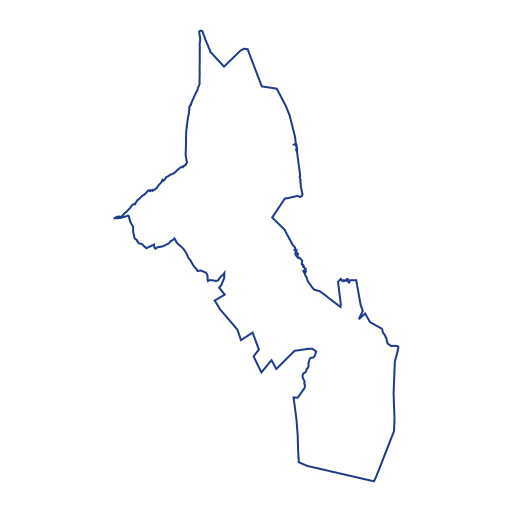 Sabanilla, Chiapas, Mexico
{"feature_id": "50627088B78284719360183", "entity_name": "Sabanilla", "entity_type": "district", "adm_level": 2, "iso_a3": "MEX", "parent_name": "Mexico", "parent_adm1": "Chiapas", "projection": "equal_earth", "projection_center": [-92.63, 17.325], "detail": "fine", "context": "isolated", "style": "outline", "palette": "blue", "viewbox_px": 512, "rotation_deg": 0, "n_neighbors": 0, "source": "geoboundaries", "source_scale": "gbopen_adm2", "svg_char_len": 6044}
<svg xmlns="http://www.w3.org/2000/svg" viewBox="0 0 512 512"><path d="M298.8,462.3L307.5,466.0L361.3,478.4L374.0,481.3L376.5,475.9L376.7,475.2L377.8,472.4L378.7,470.3L378.9,469.9L382.3,461.1L385.0,454.1L386.5,450.4L387.8,447.0L388.3,445.5L388.6,445.0L389.9,441.6L392.8,434.3L394.0,431.0L394.1,428.5L394.2,427.8L394.2,426.1L394.5,418.4L394.3,414.3L394.3,411.8L393.8,400.5L393.8,397.3L393.6,396.8L393.7,395.7L393.6,392.7L394.3,375.6L394.4,374.8L394.4,373.2L394.3,371.9L394.4,370.9L394.5,369.4L394.6,368.1L394.6,367.7L394.8,363.5L394.8,361.8L397.6,351.2L398.4,347.0L397.5,346.1L396.4,345.9L392.9,345.9L391.5,346.1L391.1,346.0L387.6,343.5L387.4,342.1L387.0,341.6L386.8,340.9L386.7,339.4L386.3,338.2L385.3,336.3L385.1,335.3L384.4,334.5L383.6,333.6L383.1,332.6L382.4,330.9L382.5,330.1L382.1,329.2L381.7,328.7L370.0,322.1L365.1,313.5L358.8,319.2L362.8,310.9L360.7,305.2L356.2,280.2L350.1,280.2L349.2,282.5L347.5,281.2L348.0,279.4L347.8,279.1L347.4,279.0L346.7,279.2L346.5,280.0L346.2,280.3L345.9,280.3L344.2,281.1L344.0,280.3L343.0,280.3L342.8,280.7L342.3,281.0L341.6,280.1L340.8,278.9L338.0,281.8L340.1,298.4L340.9,304.8L340.4,305.6L340.4,306.9L328.1,297.6L325.9,295.7L320.7,291.9L319.5,291.1L318.5,290.8L317.5,290.6L314.4,289.7L312.7,288.1L309.0,282.9L308.1,281.9L307.2,279.6L306.9,278.0L305.7,276.1L304.6,273.2L303.3,271.0L304.3,270.1L304.2,270.1L304.4,270.2L304.7,271.0L304.8,270.9L305.1,271.4L304.6,272.2L305.3,272.5L305.8,271.6L306.0,271.5L305.7,270.7L305.5,270.8L305.1,269.3L305.7,268.8L304.3,267.6L303.9,267.3L303.4,267.2L303.2,266.7L303.7,266.2L303.0,265.4L303.2,265.1L303.0,264.8L302.5,265.0L302.0,264.6L301.8,264.4L301.7,263.8L302.0,262.5L302.0,262.1L302.2,260.7L301.3,259.7L299.3,257.5L298.7,257.4L298.6,257.5L298.4,257.5L298.1,257.9L297.2,256.9L296.7,256.2L297.2,255.7L297.4,255.6L297.7,254.8L297.7,254.7L298.0,254.0L297.4,253.7L297.1,253.4L296.9,253.0L296.1,253.8L296.4,251.4L295.5,252.4L295.7,250.1L294.8,249.8L295.5,249.4L295.4,248.8L294.5,246.6L292.8,245.2L284.5,229.6L272.2,217.5L284.9,198.5L287.7,198.2L297.6,195.9L300.1,197.1L301.4,196.0L302.1,195.8L302.5,194.5L300.7,185.7L300.8,183.6L300.5,183.1L300.3,181.7L300.7,180.5L300.3,180.0L300.0,177.3L299.6,176.9L299.8,176.3L300.2,175.8L297.0,151.9L296.8,151.7L296.6,150.7L296.1,149.7L296.7,149.6L296.8,148.9L297.1,149.2L297.1,147.8L296.2,146.9L296.6,146.2L296.7,145.8L296.4,144.6L295.3,144.9L294.1,144.6L295.8,143.1L295.0,136.7L289.6,115.4L286.0,106.4L276.8,88.7L261.8,86.4L247.6,49.2L244.2,48.7L240.6,50.5L224.0,66.6L210.5,52.0L210.4,52.6L210.2,51.8L210.2,51.6L210.2,51.3L210.1,50.7L209.4,49.3L208.6,47.4L208.1,45.8L206.6,42.5L206.0,41.0L205.2,39.3L204.7,37.3L203.9,35.4L203.4,34.3L202.9,32.6L202.3,31.1L201.0,30.7L200.0,30.9L199.2,31.4L199.2,32.2L199.3,32.6L199.4,33.0L199.5,33.3L199.4,33.7L199.4,34.2L199.5,35.0L199.8,35.6L199.9,37.0L200.1,37.8L200.2,40.6L199.8,42.5L199.7,45.4L199.8,49.0L199.7,57.8L199.8,59.8L199.7,61.9L199.7,65.7L199.6,68.7L199.7,74.3L199.5,81.1L199.6,83.9L198.5,86.7L197.8,88.3L197.6,89.6L197.0,91.1L196.5,91.5L196.1,92.4L195.7,93.2L194.3,96.3L193.7,97.4L193.5,98.4L192.9,99.4L191.7,102.1L191.2,103.7L191.1,104.5L190.7,105.1L190.4,104.9L189.4,106.7L189.5,107.3L189.0,108.3L189.5,109.7L188.9,111.1L188.9,112.3L189.1,113.0L188.5,114.8L188.5,115.3L188.2,116.4L188.0,117.5L187.8,119.2L187.4,121.2L187.0,124.8L186.7,126.0L187.0,126.3L186.5,128.7L186.3,131.0L186.1,132.0L186.1,134.9L185.9,137.5L186.0,138.6L186.0,141.8L186.0,144.0L185.8,149.0L185.9,149.8L185.6,153.5L185.8,156.3L186.1,157.6L186.2,158.7L186.8,161.5L187.1,162.3L185.7,164.3L185.8,164.9L184.3,165.6L184.2,165.8L183.5,166.5L182.9,166.4L182.6,167.3L181.4,167.1L180.0,167.8L177.1,170.3L176.5,170.7L175.8,171.7L175.0,172.4L172.8,173.8L171.4,174.3L170.1,174.9L169.5,175.3L169.1,175.6L167.0,176.9L166.1,177.3L165.4,178.6L164.9,179.3L164.2,179.9L163.6,180.7L162.5,179.8L162.1,180.9L161.2,182.4L158.9,184.9L158.0,186.2L157.4,186.9L156.8,187.9L155.1,189.3L152.7,190.8L152.1,189.9L150.6,190.9L150.4,190.5L149.6,190.9L149.3,190.3L148.0,190.6L147.1,191.6L146.7,192.3L144.2,194.7L142.6,195.6L141.8,196.2L139.2,198.9L137.8,200.0L137.3,200.2L136.8,201.1L135.9,202.6L135.2,203.3L135.3,204.2L132.9,204.4L129.7,208.3L127.0,211.2L126.0,212.2L124.6,213.2L123.8,214.2L121.3,216.7L120.1,217.0L119.4,216.5L117.4,216.7L116.2,217.2L115.5,217.8L113.6,218.4L117.7,218.2L119.2,217.9L119.8,217.9L121.0,217.8L121.7,217.7L122.4,217.3L125.4,216.6L128.2,215.6L128.9,216.2L129.1,216.8L129.0,217.5L129.8,219.8L129.8,220.4L130.4,221.9L131.4,223.9L133.1,226.8L133.1,231.2L133.6,234.0L134.1,235.5L134.4,237.6L135.4,239.2L136.2,239.4L137.0,240.3L137.1,241.1L138.3,242.2L138.5,243.1L139.0,243.3L142.1,244.2L143.6,245.8L145.3,247.2L146.4,248.2L154.0,244.6L153.9,245.9L154.2,246.7L154.9,248.3L155.2,248.6L155.4,248.7L156.1,248.2L156.4,247.9L158.2,247.1L159.1,246.9L159.8,247.0L160.4,246.7L160.9,246.8L163.4,246.1L164.8,245.3L166.3,244.7L168.7,243.4L169.5,242.6L170.1,241.5L171.5,240.8L172.2,240.3L173.3,239.8L174.5,238.5L175.6,240.4L176.4,242.2L177.8,243.7L182.3,247.7L183.7,249.2L185.6,252.1L186.8,254.2L187.4,255.4L187.9,257.1L190.7,260.7L191.3,262.0L193.6,265.9L197.0,269.8L197.6,271.0L200.7,270.5L206.0,272.7L207.3,274.7L207.6,277.0L207.6,279.7L207.8,280.4L208.0,281.1L209.7,280.1L213.2,280.4L214.4,280.7L216.3,280.9L218.0,280.5L219.7,277.9L221.3,276.2L223.3,274.5L224.4,273.0L224.2,278.0L221.5,284.7L219.2,287.7L224.7,294.6L214.7,300.6L218.9,307.3L219.6,308.8L237.4,329.6L241.0,340.1L252.6,332.6L258.9,349.5L253.6,356.4L261.4,372.4L271.5,360.2L276.3,369.0L294.6,350.8L303.8,349.5L307.6,348.9L312.3,348.7L316.2,351.4L315.0,355.3L314.1,356.9L312.6,357.7L310.5,357.9L309.8,358.8L309.1,361.0L308.5,363.1L308.5,364.0L308.6,366.2L308.2,367.3L307.8,368.0L307.3,368.3L306.8,368.9L306.5,369.6L306.3,370.5L305.8,371.8L305.2,372.4L303.5,373.4L302.9,374.3L302.6,375.6L302.6,377.0L303.1,378.5L303.9,380.0L304.5,381.4L304.6,382.1L304.4,382.9L304.3,383.5L304.4,383.9L304.7,384.4L304.9,385.0L304.8,387.4L304.1,388.7L302.4,391.0L297.7,397.7L293.6,397.5L296.5,419.9L297.7,435.7L298.1,449.9L298.8,462.3Z" fill="none" stroke="#1e3a8a" stroke-width="2"/></svg>